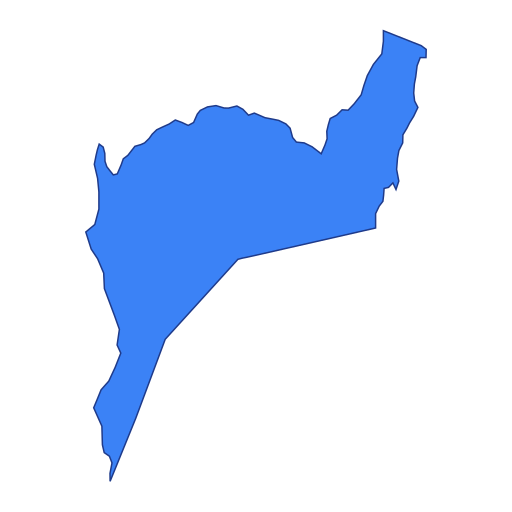 Cristianópolis, Goiás, Brazil (Equal Earth projection)
{"feature_id": "56859067B80727765161187", "entity_name": "Cristianópolis", "entity_type": "district", "adm_level": 2, "iso_a3": "BRA", "parent_name": "Brazil", "parent_adm1": "Goiás", "projection": "equal_earth", "projection_center": [-48.7, -17.237], "detail": "fine", "context": "isolated", "style": "filled", "palette": "blue", "viewbox_px": 512, "rotation_deg": 0, "n_neighbors": 0, "source": "geoboundaries", "source_scale": "gbopen_adm2", "svg_char_len": 1579}
<svg xmlns="http://www.w3.org/2000/svg" viewBox="0 0 512 512"><path d="M99.2,144.1L97.4,149.8L96.1,155.3L94.3,164.3L97.6,178.4L98.9,192.0L98.9,209.1L94.8,224.5L85.8,232.0L91.2,249.1L97.6,258.7L103.7,273.1L104.4,288.6L114.5,315.6L119.4,329.4L117.1,345.0L120.8,353.1L115.2,367.3L108.8,381.1L101.1,389.8L97.2,399.4L93.7,407.8L101.9,426.2L102.4,444.8L104.2,452.6L109.4,456.2L112.0,462.9L110.0,473.4L110.1,481.3L135.7,418.4L165.2,339.3L237.9,259.3L242.5,258.1L246.6,257.3L255.2,255.4L375.6,228.0L375.6,213.6L379.2,206.1L382.9,201.3L383.6,195.3L384.1,188.4L388.5,187.4L392.9,182.9L396.0,189.5L398.8,181.1L396.6,169.4L397.5,158.2L398.9,150.5L402.7,142.9L402.9,134.8L406.9,128.2L409.6,122.8L413.6,116.4L417.9,107.4L414.6,101.0L413.7,93.0L414.4,83.9L415.7,77.0L417.1,65.7L420.2,57.6L426.0,57.6L426.2,49.4L421.3,45.7L383.4,30.7L383.4,41.3L381.8,53.9L373.4,64.4L367.3,75.6L363.9,85.5L361.2,94.8L354.1,103.9L348.1,110.2L342.1,109.8L336.6,115.2L330.2,118.5L328.4,124.5L326.8,131.2L327.1,138.8L325.0,145.0L321.2,153.8L312.1,146.8L304.2,142.9L296.4,142.1L292.6,137.5L290.1,128.2L285.9,123.9L278.7,120.4L273.9,119.4L265.0,117.7L258.5,114.9L254.3,113.1L248.5,115.2L242.9,109.3L236.9,106.0L228.5,108.1L224.1,108.0L216.0,105.6L207.5,106.9L200.3,110.4L197.3,114.1L193.6,122.5L188.2,125.4L182.0,122.5L175.3,120.0L169.2,124.0L161.9,127.3L156.7,129.8L152.2,134.2L149.2,138.4L144.6,142.9L140.8,144.6L134.9,146.3L127.9,155.3L123.3,158.8L121.2,164.8L117.3,173.9L113.3,174.9L109.9,170.7L106.8,166.7L105.0,161.3L104.8,153.4L103.2,147.1L99.2,144.1Z" fill="#3b82f6" stroke="#1e3a8a" stroke-width="1.5"/></svg>